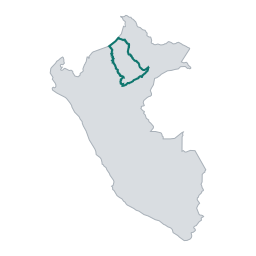 Loreto, Loreto, Peru shown in context
{"feature_id": "86281439B27227740990867", "entity_name": "Loreto", "entity_type": "district", "adm_level": 2, "iso_a3": "PER", "parent_name": "Peru", "parent_adm1": "Loreto", "projection": "albers", "projection_center": [-75.325, -3.761], "detail": "fine", "context": "in_parent", "style": "outline", "palette": "teal", "viewbox_px": 256, "rotation_deg": 0, "n_neighbors": 0, "source": "geoboundaries", "source_scale": "gbopen_adm2", "svg_char_len": 8029}
<svg xmlns="http://www.w3.org/2000/svg" viewBox="0 0 256 256"><path d="M190.8,67.6L190.7,68.4L189.7,68.8L188.7,68.2L187.4,68.4L185.3,66.5L180.5,66.7L178.3,68.9L175.1,69.4L171.5,70.4L167.5,70.8L161.2,74.3L159.8,75.7L156.9,77.7L154.6,78.4L153.4,84.8L151.2,88.5L150.3,90.5L151.5,93.6L151.5,95.1L150.2,96.3L149.1,96.4L147.0,97.7L143.8,100.5L143.2,102.7L144.3,105.5L143.9,105.8L141.3,106.4L141.3,107.9L140.8,108.5L143.0,110.8L144.3,111.4L144.3,111.9L144.1,112.5L143.6,112.8L143.6,113.3L145.2,114.9L146.3,118.3L148.7,120.0L148.7,121.1L149.4,122.1L150.6,123.0L153.4,126.3L153.4,127.9L150.5,131.5L155.4,131.5L160.7,132.8L161.4,133.3L162.1,135.0L162.2,136.0L163.2,136.9L163.1,138.9L170.2,138.9L174.7,138.4L182.1,132.5L183.3,132.0L182.7,133.3L182.6,134.2L183.0,135.3L182.1,136.7L182.0,151.3L183.3,150.6L185.0,152.0L186.3,152.0L190.3,150.4L195.0,150.7L205.8,169.8L204.9,171.1L204.9,172.1L203.6,172.9L202.2,174.4L202.1,182.0L201.0,184.2L201.6,185.4L202.2,187.8L203.2,189.3L203.4,190.2L203.3,190.6L201.8,191.4L201.6,192.7L198.9,195.4L198.4,197.2L197.4,197.8L197.2,199.8L199.6,203.2L198.0,205.1L196.6,208.1L199.0,214.2L200.0,215.1L201.1,215.1L202.7,215.6L203.6,216.6L201.6,217.7L201.2,218.2L201.4,220.2L199.2,221.7L196.2,225.6L195.4,225.8L193.9,226.9L193.7,227.5L193.9,228.1L195.2,229.2L195.3,230.6L193.2,232.3L191.7,232.5L191.1,233.0L191.7,235.3L191.7,236.4L191.3,237.7L190.2,239.0L187.1,240.4L184.2,240.6L179.4,237.1L177.9,235.6L173.1,232.6L172.3,229.5L170.7,227.9L167.8,226.8L165.4,225.1L163.7,224.4L159.3,220.8L155.3,219.7L148.0,215.9L144.0,214.6L138.9,211.1L136.1,210.2L133.9,208.5L127.2,205.0L126.1,203.9L125.1,202.2L123.6,201.2L121.9,198.8L119.4,197.4L117.0,195.6L114.1,190.6L112.7,189.5L112.6,187.2L111.6,186.2L113.1,185.4L114.0,181.9L113.5,180.2L110.1,175.4L109.4,173.5L106.9,169.8L106.0,167.6L104.0,166.1L103.2,164.7L102.1,164.1L102.0,162.4L101.2,159.2L100.1,157.6L96.2,154.6L95.8,151.4L94.9,149.1L89.3,139.9L86.1,131.0L83.4,126.1L82.3,123.3L82.2,121.7L80.2,119.1L79.1,116.7L74.6,112.1L71.9,107.0L71.6,105.4L69.8,102.6L66.9,98.9L65.5,97.5L56.8,93.0L52.7,90.2L52.2,88.8L52.4,87.9L53.3,87.2L54.5,87.8L55.3,87.5L55.9,86.5L55.9,84.9L55.1,83.0L52.3,79.2L53.0,77.4L50.2,73.0L50.8,68.7L51.4,67.6L55.6,63.2L56.7,61.3L58.5,60.2L60.4,58.4L62.6,57.0L63.2,57.5L63.9,59.8L63.8,61.4L64.4,63.1L62.9,64.7L61.2,64.4L60.6,64.8L60.3,65.5L60.6,66.7L61.0,67.2L62.3,67.2L60.6,69.5L60.8,70.0L61.9,70.4L63.0,69.8L64.2,68.5L64.9,68.3L69.2,70.5L71.1,70.2L72.7,71.3L72.9,72.9L75.0,76.1L78.1,76.8L78.7,76.6L79.4,75.4L80.1,75.2L80.2,73.4L82.9,71.5L83.3,70.2L82.9,69.3L83.0,68.6L84.6,64.4L85.1,63.9L85.6,62.6L86.2,61.7L87.1,57.0L87.9,57.0L88.6,58.2L89.4,57.9L89.0,56.8L89.1,56.4L92.1,52.7L93.1,51.9L107.7,46.6L115.0,41.3L121.4,33.8L123.5,26.3L124.2,26.8L125.4,26.6L125.0,23.6L125.3,22.2L125.3,21.7L123.2,19.9L122.4,17.9L120.7,16.8L120.7,16.4L122.6,16.8L124.3,16.6L125.7,15.4L126.8,15.5L129.2,17.2L131.0,17.3L131.6,18.5L133.3,19.4L135.8,22.0L136.9,24.9L136.8,25.4L137.9,26.9L140.3,27.6L142.6,29.7L145.1,30.3L146.2,32.2L146.9,32.8L147.2,33.9L146.8,35.2L147.2,35.8L149.0,37.0L150.5,37.0L150.9,37.6L151.7,40.7L151.2,42.2L151.4,43.1L153.4,43.9L154.0,44.6L155.6,44.7L157.9,44.0L160.8,45.0L163.0,44.7L164.0,44.4L165.0,43.7L165.9,43.8L168.2,41.8L168.8,41.6L171.2,42.5L173.2,43.9L175.7,43.6L176.7,42.8L178.5,42.3L181.7,44.0L182.5,44.8L183.3,45.0L186.8,46.7L187.4,47.3L189.3,48.0L189.7,48.5L189.5,49.1L181.3,61.9L183.8,62.9L186.2,62.3L187.4,63.2L188.3,65.3L190.1,66.7L190.8,67.6Z" fill="#d9dde1" stroke="#a8b0b8" stroke-width="1"/><path d="M122.4,85.9L123.1,85.8L123.4,85.8L123.6,85.7L123.8,85.4L124.4,85.5L124.7,85.4L125.3,84.9L125.8,84.7L126.1,84.5L126.3,84.6L126.8,84.0L127.1,83.6L127.7,83.0L127.8,83.0L128.3,83.0L128.6,83.2L129.0,83.3L129.4,82.9L129.7,82.7L130.3,82.6L130.6,82.5L133.0,81.2L133.3,80.6L133.5,80.3L133.8,80.1L135.2,79.5L135.7,79.4L136.5,78.8L136.9,78.7L137.3,78.5L137.6,78.6L137.8,78.5L138.0,78.3L138.4,78.2L138.6,77.9L138.7,77.5L138.7,77.3L139.2,77.0L139.8,76.5L140.0,76.3L140.3,76.2L140.9,76.3L141.1,76.5L141.4,76.6L141.5,76.9L141.7,77.0L141.8,77.0L141.8,76.8L142.1,76.5L142.2,76.3L142.1,76.2L142.4,75.4L142.7,75.3L142.9,75.0L143.2,74.9L143.4,74.6L143.8,74.4L144.0,74.1L144.2,73.8L144.4,73.6L144.8,73.6L145.1,73.4L145.3,73.2L145.6,72.9L145.7,72.5L146.0,72.1L146.7,71.7L146.9,71.3L147.2,71.1L147.5,70.9L147.5,70.7L147.6,70.2L147.9,69.9L148.0,69.7L148.0,69.0L148.0,68.9L147.7,68.5L147.7,68.4L148.0,68.1L148.5,67.7L148.3,67.4L148.2,67.6L147.8,67.8L147.4,68.0L147.4,68.3L147.3,68.5L146.5,68.7L146.3,68.9L145.9,69.2L144.7,69.9L144.5,70.0L143.8,70.0L143.2,70.0L142.9,69.9L142.3,69.3L141.9,69.2L141.7,69.1L141.5,68.5L140.1,67.5L139.8,67.1L139.6,66.6L139.2,65.2L139.2,64.4L139.0,64.1L138.9,64.0L138.7,63.4L138.5,63.2L138.4,62.9L138.3,62.7L138.1,62.6L137.9,62.6L137.7,62.6L137.4,62.4L137.1,62.0L137.0,61.6L136.6,61.5L136.4,61.0L136.3,60.9L136.2,60.9L135.9,60.9L135.8,61.0L135.6,60.9L135.2,60.8L135.1,60.7L134.8,60.7L134.6,60.7L134.0,59.9L132.5,58.4L132.4,58.2L132.4,57.9L132.5,57.8L132.3,57.6L132.2,57.6L132.1,57.4L131.9,57.2L131.9,56.9L131.8,56.7L131.7,56.6L131.6,56.4L131.6,56.2L131.3,56.1L131.2,56.1L131.1,55.8L130.8,55.8L130.8,55.7L130.7,55.6L130.6,55.4L130.8,55.1L130.7,54.9L130.5,54.7L130.4,54.8L130.2,54.7L129.8,54.6L129.7,54.6L129.3,54.5L129.2,54.5L128.9,54.5L128.8,54.4L128.6,54.4L128.5,54.2L128.4,53.9L128.3,53.6L128.4,53.4L128.3,53.0L128.2,52.8L128.1,52.4L128.1,52.0L128.0,51.9L127.8,51.8L127.8,51.6L127.9,51.2L127.9,50.9L128.0,50.7L128.2,49.9L128.2,49.4L128.4,49.1L128.4,48.6L128.4,48.1L128.5,48.0L128.7,47.9L128.8,47.8L128.9,47.6L129.0,47.3L129.0,47.0L129.0,46.9L129.0,46.7L128.9,46.7L128.6,46.1L128.7,45.9L128.9,45.9L129.0,45.9L129.1,45.3L129.1,45.0L129.1,44.7L129.0,44.4L129.0,44.2L128.9,44.2L128.7,44.2L128.3,44.0L128.0,43.8L127.8,43.5L127.7,43.5L127.5,43.3L127.2,43.2L127.1,43.4L126.8,43.2L126.6,42.5L126.4,42.3L126.4,42.2L126.5,42.1L126.4,41.9L126.2,41.8L126.1,41.7L125.8,41.6L125.7,41.6L125.6,41.3L125.4,41.1L125.5,40.9L125.3,40.8L125.4,40.6L125.2,40.4L125.2,40.2L124.9,39.7L124.3,39.7L124.1,39.8L123.7,39.8L123.4,40.0L123.1,40.1L122.8,39.8L122.7,39.7L122.1,39.7L121.9,39.6L121.4,39.2L120.9,39.2L120.4,39.0L119.8,38.8L119.3,38.8L119.2,38.5L118.9,37.8L118.8,37.5L118.9,37.2L115.6,41.2L109.5,46.0L109.8,46.1L109.9,46.7L109.8,46.9L109.9,47.0L110.0,47.0L110.3,47.1L110.5,47.5L110.9,47.9L111.1,48.2L111.3,48.3L111.4,48.5L111.2,48.6L111.4,48.8L111.6,48.8L111.9,49.6L112.2,49.7L112.2,49.8L112.3,50.0L112.2,50.4L112.2,50.8L111.9,51.0L111.8,51.4L111.8,51.6L111.8,51.8L111.9,52.1L111.8,52.3L111.8,52.8L111.7,53.2L111.5,53.5L111.3,53.6L111.4,53.8L111.8,54.1L111.6,54.3L111.8,54.5L111.7,54.7L111.7,55.0L112.0,54.8L111.9,55.2L112.1,55.2L112.1,55.4L112.2,55.6L112.3,55.8L112.5,56.1L112.8,56.5L112.8,56.8L112.7,57.0L112.9,57.0L112.9,57.3L113.0,57.5L112.9,57.9L113.0,58.0L113.4,58.4L113.6,58.6L113.4,58.9L113.2,59.0L112.9,59.1L113.0,59.3L113.1,59.5L113.2,59.9L112.7,60.2L112.4,60.3L112.1,60.5L112.3,60.7L112.5,60.7L112.6,60.8L112.6,61.0L112.8,61.1L112.7,61.3L112.7,61.5L112.8,61.4L113.1,61.3L113.1,61.8L113.2,62.0L113.5,62.2L113.5,62.4L113.6,62.6L113.5,63.0L113.6,63.5L113.9,63.6L114.3,63.9L114.4,64.2L114.4,64.5L114.7,64.9L115.0,65.0L115.2,65.4L115.2,65.5L115.3,65.6L115.4,66.0L115.3,66.5L115.9,67.2L116.0,67.6L116.0,67.8L115.8,68.1L115.8,68.5L116.2,68.9L116.4,69.0L116.7,69.1L116.9,69.3L117.5,69.6L117.8,69.8L117.8,70.1L117.8,70.4L117.6,70.5L117.7,70.9L117.7,71.2L117.5,71.7L117.6,71.8L117.9,71.8L118.0,71.9L118.1,72.2L118.0,72.6L118.1,73.0L118.6,73.2L119.4,73.6L119.5,73.9L119.6,74.2L119.6,74.3L119.5,74.5L120.3,74.9L120.3,75.0L120.1,75.3L120.0,75.5L120.2,75.9L120.3,76.0L120.6,76.0L120.8,76.0L121.0,75.9L121.2,76.0L121.3,76.1L121.9,76.1L122.4,76.2L123.1,76.6L123.3,76.7L123.5,76.9L123.7,77.5L123.0,77.4L122.7,77.6L122.5,77.8L122.2,78.3L120.9,79.3L121.2,79.8L121.2,80.1L121.1,80.3L120.8,80.2L120.7,80.3L120.7,80.5L120.8,80.8L120.5,81.2L120.4,81.4L120.4,81.8L120.8,82.3L120.9,82.5L120.6,83.0L121.1,83.5L121.0,83.8L121.7,84.1L122.1,84.1L122.4,84.1L122.9,84.0L122.7,84.5L122.6,85.1L122.4,85.6L122.4,85.9Z" fill="none" stroke="#0f766e" stroke-width="2"/></svg>